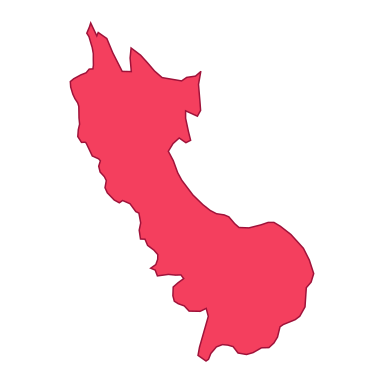 Kato Polemidia, Limassol, Cyprus (Equal Earth projection)
{"feature_id": "46923920B47943470326815", "entity_name": "Kato Polemidia", "entity_type": "district", "adm_level": 2, "iso_a3": "CYP", "parent_name": "Cyprus", "parent_adm1": "Limassol", "projection": "equal_earth", "projection_center": [32.979, 34.706], "detail": "fine", "context": "isolated", "style": "filled", "palette": "rose", "viewbox_px": 384, "rotation_deg": 0, "n_neighbors": 0, "source": "geoboundaries", "source_scale": "gbopen_adm2", "svg_char_len": 1824}
<svg xmlns="http://www.w3.org/2000/svg" viewBox="0 0 384 384"><path d="M198.0,355.4L206.0,361.0L208.5,359.3L210.8,353.5L216.4,346.9L222.4,344.6L227.8,345.1L233.1,346.6L238.0,353.0L246.5,354.5L253.1,352.6L261.5,347.8L268.9,347.6L273.9,343.0L277.5,337.1L280.0,326.8L283.3,324.5L295.3,319.6L299.8,316.2L305.0,306.9L305.6,298.0L306.3,287.7L311.1,282.1L313.7,273.6L309.3,260.0L303.4,248.3L290.9,234.5L280.4,226.3L273.9,222.4L268.2,222.4L260.8,224.9L248.9,227.9L239.0,227.5L234.7,223.7L228.8,216.8L224.2,214.9L216.4,213.7L210.1,210.4L202.9,204.7L192.9,195.0L181.8,180.3L177.7,172.8L173.3,160.7L168.3,151.3L173.0,143.6L179.2,138.0L185.9,142.7L190.6,140.3L188.4,131.4L185.6,118.3L185.6,110.8L197.4,116.2L199.1,113.1L200.6,110.4L200.0,102.4L198.5,84.4L200.8,71.3L200.8,71.2L200.5,71.8L195.5,76.1L186.7,77.4L181.6,80.9L162.1,77.6L154.5,71.0L148.0,63.4L140.6,55.2L131.1,48.0L130.1,58.0L131.3,71.6L122.2,71.4L112.7,52.7L106.8,38.5L98.2,32.5L96.8,35.9L90.7,23.0L89.5,26.8L86.8,33.2L89.0,36.7L90.3,41.1L91.2,44.2L92.2,47.4L93.3,53.6L93.3,59.7L93.4,65.2L92.9,68.9L89.2,69.1L86.1,72.8L81.0,74.8L73.8,78.7L70.3,81.6L70.7,87.1L72.8,94.1L74.9,98.6L77.7,102.9L78.8,106.4L78.9,110.8L79.0,117.9L79.6,124.2L78.3,129.7L77.8,136.6L81.5,142.4L85.1,142.2L86.2,143.1L92.3,156.0L98.6,158.8L100.4,160.8L98.7,166.2L100.1,172.0L104.4,176.7L106.3,180.6L105.0,187.7L107.3,192.8L114.2,200.0L119.3,202.8L122.6,200.5L130.0,203.7L135.8,211.6L138.9,213.1L140.7,222.9L139.2,230.2L140.5,239.0L145.0,239.2L147.6,245.4L153.9,250.1L157.8,254.6L157.7,259.3L155.8,264.6L150.7,268.2L155.2,270.1L157.4,275.9L168.4,274.4L175.6,275.1L180.9,274.9L183.7,278.6L178.1,282.7L173.2,287.0L172.9,295.8L174.3,301.2L178.2,303.7L184.3,305.9L189.1,311.1L200.1,311.3L200.6,311.1L206.2,308.4L208.3,316.4L199.5,347.2L198.0,355.4Z" fill="#f43f5e" stroke="#9f1239" stroke-width="1.5"/></svg>